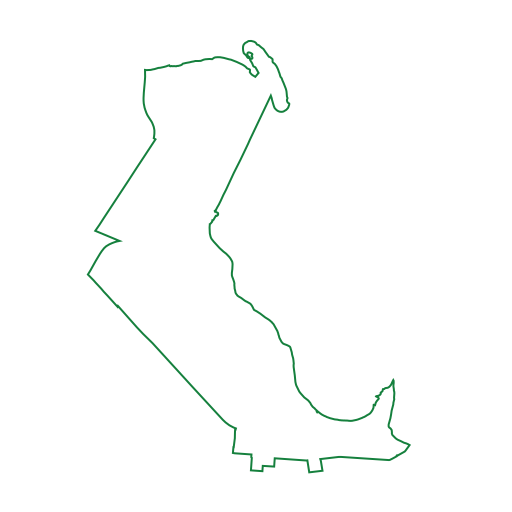 the district of Perth, Western Australia, Australia, rotated 274°
{"feature_id": "25037944B64781294564969", "entity_name": "Perth", "entity_type": "district", "adm_level": 2, "iso_a3": "AUS", "parent_name": "Australia", "parent_adm1": "Western Australia", "projection": "natural_earth1", "projection_center": [115.852, -31.966], "detail": "fine", "context": "isolated", "style": "outline", "palette": "green", "viewbox_px": 512, "rotation_deg": 274, "n_neighbors": 0, "source": "geoboundaries", "source_scale": "gbopen_adm2", "svg_char_len": 6075}
<svg xmlns="http://www.w3.org/2000/svg" viewBox="0 0 512 512"><g transform="rotate(274 256 256)"><path d="M212.7,103.8L209.7,106.7L206.1,110.6L195.6,121.5L196.5,121.8L176.6,142.1L170.5,148.7L161.9,158.8L120.2,202.6L90.3,234.3L87.9,237.2L86.6,239.2L85.3,241.2L84.3,243.4L83.3,245.7L82.6,248.0L81.7,247.8L82.0,247.3L79.1,247.3L72.6,247.6L71.0,247.5L63.7,247.1L63.7,246.8L57.9,246.7L57.7,248.5L57.7,265.3L55.0,265.3L54.4,265.9L41.8,265.9L41.8,277.4L47.1,277.4L47.2,288.8L55.5,288.8L55.5,320.6L55.7,321.5L43.9,324.2L46.4,337.3L56.1,335.0L57.9,334.3L61.3,352.4L61.5,355.0L61.7,402.9L61.9,403.7L63.3,406.1L66.0,410.3L66.6,410.2L67.0,410.5L67.1,410.9L66.9,411.3L71.3,418.0L72.2,418.7L78.1,422.4L78.8,421.0L79.5,419.1L80.1,416.5L81.3,413.7L82.6,410.2L83.3,408.9L84.0,407.9L86.8,404.7L87.2,404.4L88.5,403.9L89.5,403.9L91.8,403.5L93.3,402.3L94.2,400.9L94.8,400.4L95.3,400.2L96.3,400.1L97.3,400.1L103.6,401.4L107.2,401.8L111.2,402.1L117.5,403.3L119.2,403.3L122.8,403.9L123.6,403.7L124.3,403.6L128.6,403.6L130.2,403.4L131.2,403.0L132.8,402.8L135.5,402.2L136.8,402.1L139.0,402.2L141.1,402.0L141.8,401.6L141.2,401.3L137.2,399.8L136.5,399.4L135.3,398.5L134.8,398.1L133.8,396.7L133.5,395.6L133.5,395.3L133.2,394.2L132.7,393.6L132.3,393.2L132.0,391.9L130.0,391.6L129.5,391.2L129.1,390.6L128.3,389.9L127.8,389.9L127.3,390.1L126.4,389.6L125.7,388.9L125.1,387.8L124.6,386.1L124.6,385.8L124.3,385.6L124.0,386.1L123.8,386.9L123.3,387.9L122.3,388.4L121.7,388.1L120.6,387.2L119.2,386.3L118.0,385.7L115.5,385.2L115.8,384.1L115.8,383.8L115.6,383.7L115.0,383.8L113.4,383.8L112.5,383.7L110.1,382.8L108.2,381.7L107.0,380.8L106.2,379.9L104.5,377.3L104.1,376.9L103.0,375.2L102.5,374.1L101.9,373.1L100.1,369.2L99.5,367.6L98.3,363.3L98.1,361.6L98.1,359.7L98.2,359.2L98.0,353.2L98.1,350.5L98.4,348.7L98.5,345.9L99.4,341.1L99.9,339.4L100.3,337.9L100.9,336.6L101.2,335.5L102.4,332.8L103.3,331.3L105.0,328.8L104.3,328.0L104.9,327.5L105.5,328.1L106.5,326.9L107.0,326.2L108.1,325.1L109.5,323.1L111.5,321.4L113.2,320.4L115.2,318.5L115.8,317.8L118.3,314.0L122.2,310.0L123.8,308.6L129.5,305.3L130.7,304.8L133.1,304.1L139.7,303.0L147.9,301.3L149.9,301.1L151.2,301.2L154.7,300.6L156.5,300.2L160.1,298.9L162.4,298.4L167.2,296.6L167.9,296.1L168.4,295.2L169.1,293.6L169.6,292.0L170.1,290.2L170.7,288.9L172.2,287.4L176.1,285.0L178.0,284.4L179.3,283.8L180.2,283.6L182.7,282.5L189.0,278.4L189.7,277.8L190.2,277.1L190.8,276.7L192.8,274.1L193.6,272.8L195.4,269.4L198.8,264.3L200.9,260.5L202.0,258.0L202.4,257.6L205.5,255.8L206.7,254.9L207.9,253.8L208.5,252.7L210.0,249.5L210.1,248.9L211.0,247.4L213.1,244.2L214.4,241.5L215.3,240.1L215.9,239.7L217.1,238.6L218.1,238.1L219.8,237.7L222.2,236.9L223.3,236.8L225.6,236.4L227.0,236.4L228.5,236.0L231.2,234.9L233.3,233.9L234.9,233.3L237.4,233.1L241.4,233.3L246.1,233.2L247.4,233.0L248.8,232.6L249.6,232.1L251.7,230.7L253.2,229.4L254.5,228.0L256.2,226.1L258.2,223.1L261.3,219.2L267.4,212.8L269.8,210.6L271.2,209.7L272.8,209.1L275.1,208.4L276.6,208.2L281.2,207.7L284.4,207.7L284.4,207.8L285.9,209.0L287.2,209.9L287.5,209.8L287.7,210.0L288.3,210.1L288.6,210.0L289.0,211.0L293.2,213.1L293.1,213.8L293.2,214.0L293.5,214.3L294.0,214.6L293.9,214.9L294.1,215.1L294.9,215.3L295.5,215.3L296.3,215.0L296.6,214.5L296.7,213.8L297.4,212.5L297.3,212.4L297.3,212.2L297.6,212.2L297.8,211.8L298.1,211.7L298.2,211.8L298.3,212.6L299.0,212.8L299.0,212.6L299.9,213.1L302.0,214.0L304.8,215.4L306.8,216.2L308.2,216.8L314.9,219.3L320.0,221.5L337.1,228.0L350.7,233.7L367.4,240.3L371.6,241.8L417.0,259.6L414.4,260.7L413.1,261.0L407.4,263.1L405.4,264.0L404.8,264.4L403.6,265.6L402.5,267.1L402.1,268.0L401.8,268.9L401.6,269.8L401.6,271.6L401.8,272.5L402.1,273.4L402.6,274.1L404.0,276.1L405.8,277.5L406.4,277.8L408.9,278.5L409.8,278.6L410.4,278.5L410.7,278.0L411.0,277.3L411.4,276.9L412.2,276.4L413.4,276.0L414.2,276.0L415.5,276.4L416.1,276.3L417.0,275.8L422.0,275.0L423.5,274.6L424.9,274.1L428.7,272.3L430.8,271.3L433.0,270.1L434.7,269.4L435.5,268.9L436.5,267.9L440.0,266.6L441.0,266.1L443.8,264.9L446.6,263.3L448.7,261.6L449.6,260.4L450.1,259.6L450.5,259.2L451.4,258.9L452.8,258.9L453.7,258.6L455.3,256.3L455.6,255.1L456.0,254.7L460.3,251.1L462.0,249.8L463.0,249.0L464.5,246.7L466.6,243.9L466.9,242.5L467.2,242.1L468.5,241.1L469.0,240.5L469.7,239.0L470.2,236.2L469.9,233.6L469.8,233.4L468.6,231.8L467.8,230.4L466.3,229.2L465.5,228.8L464.1,228.5L462.3,228.5L459.7,228.9L457.6,229.6L457.0,230.2L455.5,232.1L453.6,233.5L453.1,234.1L452.9,234.9L453.0,235.4L453.4,235.7L453.6,235.8L453.9,235.7L454.9,234.1L456.1,233.4L456.9,233.3L457.5,233.3L457.8,233.4L458.4,233.9L458.6,234.4L458.6,234.8L458.4,236.0L458.1,236.8L457.4,238.1L456.9,238.3L456.4,238.2L456.0,237.9L455.4,237.7L453.9,238.5L453.4,238.6L452.8,238.5L452.6,238.3L452.4,237.8L452.3,237.2L452.5,236.7L452.4,236.4L451.9,236.3L451.1,236.5L448.0,238.7L445.3,240.0L444.9,240.4L444.3,242.0L444.1,242.3L441.6,244.0L439.8,245.1L438.8,245.8L434.7,242.8L436.3,239.7L436.8,239.0L437.9,237.8L439.0,237.0L440.3,237.1L441.5,236.9L441.7,236.6L442.3,234.8L442.6,234.0L444.1,232.4L445.4,230.3L446.2,228.6L448.3,223.1L450.1,217.3L450.3,215.6L451.4,210.0L451.8,206.1L451.7,205.4L451.7,204.2L451.3,201.5L450.9,200.5L449.3,198.5L449.3,195.8L449.2,195.2L448.7,191.8L448.2,190.1L446.8,187.3L446.5,184.9L446.3,181.9L445.7,180.1L445.3,178.4L444.6,176.3L443.7,172.7L442.7,169.5L441.6,168.6L441.0,167.5L440.2,165.2L440.1,164.0L439.7,163.2L439.7,161.2L439.5,159.4L439.6,158.2L439.3,157.7L439.3,157.4L439.5,156.6L440.2,156.2L439.7,154.8L439.0,153.4L438.1,150.8L437.1,147.3L436.8,145.4L435.4,141.8L435.0,140.2L434.3,138.0L433.8,134.0L433.9,132.3L427.0,132.9L421.5,132.9L411.1,132.7L405.8,132.8L403.1,133.0L400.3,133.4L396.2,134.5L393.7,135.5L391.0,136.7L389.0,137.8L387.3,139.0L382.5,142.6L381.1,143.4L377.9,144.9L375.5,145.6L374.1,145.9L370.8,146.1L368.3,146.0L366.4,145.8L365.4,147.6L343.7,135.4L336.8,131.5L321.1,122.8L283.2,101.5L276.1,97.6L269.9,93.9L261.5,118.8L260.8,116.2L259.9,113.9L258.8,111.5L257.4,108.9L255.3,105.9L253.2,103.9L250.1,101.8L247.3,100.2L240.0,96.5L230.0,91.8L225.8,89.6L220.4,95.7L218.2,97.9L212.7,103.8Z" fill="none" stroke="#15803d" stroke-width="2"/></g></svg>